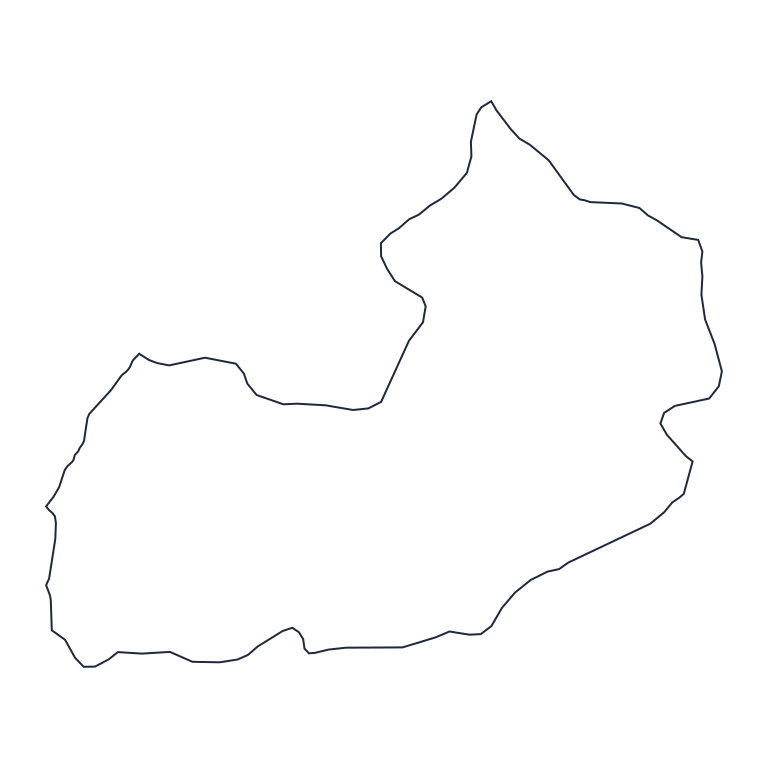 an SVG outline of Marrakech - Tensift - Al Haouz
{"feature_id": "MAR-1456", "entity_name": "Marrakech - Tensift - Al Haouz", "entity_type": "Region", "adm_level": 1, "iso_a3": "MAR", "parent_name": "Morocco", "parent_adm1": "", "projection": "mercator", "projection_center": [-8.579, 31.832], "detail": "fine", "context": "isolated", "style": "outline", "palette": "slate", "viewbox_px": 768, "rotation_deg": 0, "n_neighbors": 0, "source": "natural_earth", "source_scale": "10m", "svg_char_len": 1777}
<svg xmlns="http://www.w3.org/2000/svg" viewBox="0 0 768 768"><path d="M51.8,630.3L50.8,600.2L49.9,595.2L46.1,585.2L49.1,578.6L55.3,539.0L55.9,522.9L54.9,516.3L52.3,512.8L49.1,510.2L46.1,506.4L53.6,496.7L59.2,487.0L64.7,470.1L67.5,466.1L71.9,462.1L73.5,460.0L74.8,455.0L78.2,451.4L79.6,448.2L82.8,443.6L84.0,440.9L87.4,418.3L89.3,413.9L111.2,389.9L120.9,376.3L122.7,374.4L126.2,371.7L128.2,369.5L130.0,366.8L132.1,361.9L133.3,359.9L139.3,353.7L140.0,354.3L149.2,360.1L157.3,363.1L169.2,365.4L205.0,357.7L235.9,363.7L243.9,373.6L247.3,383.6L256.6,395.0L283.4,404.3L297.0,403.7L325.6,405.3L353.0,410.0L368.4,408.4L381.1,401.9L408.9,340.9L423.0,322.2L425.7,306.4L422.2,297.6L395.0,281.2L387.2,269.1L381.1,256.3L380.9,243.2L390.5,233.5L399.2,228.0L409.2,219.2L418.8,214.7L430.0,205.5L441.1,198.9L454.5,187.6L466.9,172.8L471.4,156.5L470.9,141.8L476.6,114.5L481.3,107.3L491.2,101.2L496.5,110.4L510.7,129.1L519.4,138.6L529.8,144.7L548.8,160.4L573.8,195.0L579.7,199.4L584.4,200.2L590.4,202.1L621.8,203.5L639.4,208.0L648.2,215.6L656.5,220.1L681.6,237.2L698.2,239.9L702.4,251.6L701.1,262.5L702.4,276.3L701.4,294.6L705.1,319.5L714.6,344.0L721.9,371.4L718.8,386.3L709.2,398.5L674.9,405.9L664.1,412.9L660.4,423.5L667.0,434.9L685.7,455.9L692.6,461.5L683.8,493.8L679.4,497.6L672.3,502.4L664.1,512.3L650.3,523.7L568.4,562.5L559.1,569.1L547.5,571.6L530.8,579.9L515.2,592.4L502.0,607.8L491.4,626.1L480.8,634.1L469.4,634.7L449.5,631.5L435.8,637.3L402.5,647.4L345.9,647.7L328.4,649.6L314.9,652.9L309.0,653.3L304.5,648.6L303.1,638.9L298.9,632.2L292.3,627.8L282.7,631.0L257.8,646.4L248.0,654.9L237.6,659.5L219.6,662.3L192.5,661.8L169.9,651.9L141.9,653.6L117.9,652.1L108.5,659.5L95.0,666.6L83.7,666.8L75.0,657.7L65.1,639.8L51.9,630.3L51.8,630.3Z" fill="none" stroke="#1e293b" stroke-width="2"/></svg>